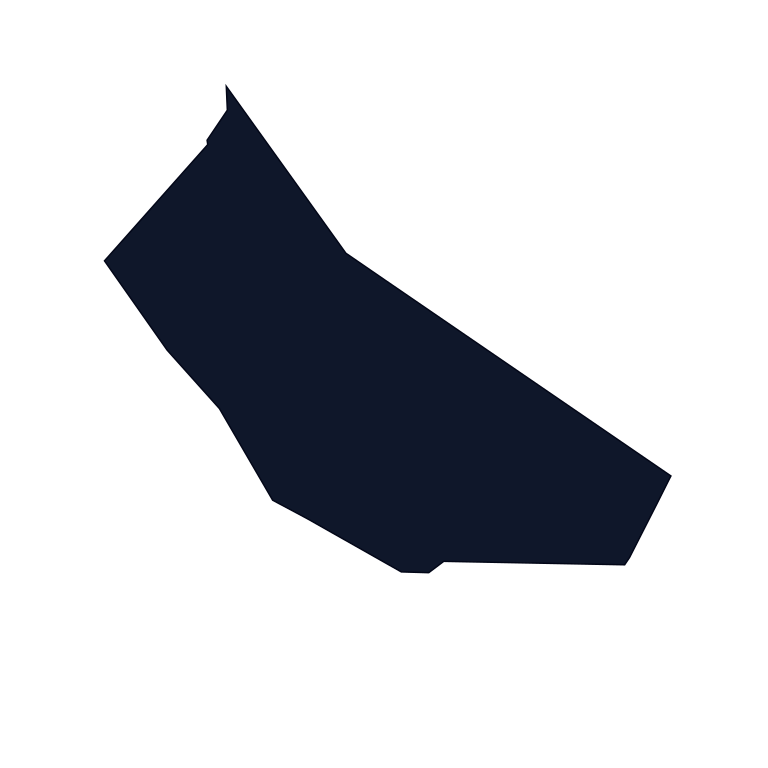 outline of Montgomery, New York, United States of America, rotated 34°
{"feature_id": "52423323B77336622441555", "entity_name": "Montgomery", "entity_type": "district", "adm_level": 2, "iso_a3": "USA", "parent_name": "United States of America", "parent_adm1": "New York", "projection": "equal_earth", "projection_center": [-74.427, 42.91], "detail": "fine", "context": "isolated", "style": "filled", "palette": "ink", "viewbox_px": 768, "rotation_deg": 34, "n_neighbors": 0, "source": "geoboundaries", "source_scale": "gbopen_adm2", "svg_char_len": 419}
<svg xmlns="http://www.w3.org/2000/svg" viewBox="0 0 768 768"><g transform="rotate(34 384 384)"><path d="M677.3,331.1L673.8,304.0L673.3,299.8L326.7,297.3L279.3,296.9L86.8,225.4L101.0,244.6L101.0,280.8L104.0,284.1L83.4,438.2L94.1,442.3L185.3,477.2L261.3,496.4L356.7,542.6L395.3,538.6L503.4,530.1L526.6,515.4L532.7,497.6L684.6,399.3L684.6,390.6L677.3,331.1Z" fill="#0f172a" stroke="#020617" stroke-width="1.5"/></g></svg>